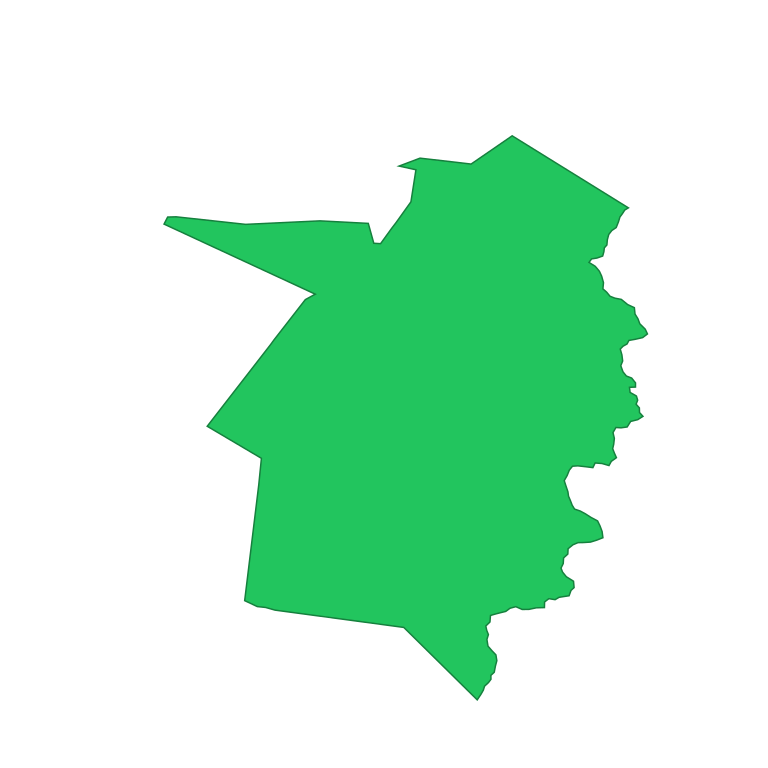 outline of Domingos Mourão, Piauí, Brazil, rotated 107°
{"feature_id": "56859067B58876353314423", "entity_name": "Domingos Mourão", "entity_type": "district", "adm_level": 2, "iso_a3": "BRA", "parent_name": "Brazil", "parent_adm1": "Piauí", "projection": "equal_earth", "projection_center": [-41.31, -4.285], "detail": "fine", "context": "isolated", "style": "filled", "palette": "green", "viewbox_px": 768, "rotation_deg": 107, "n_neighbors": 0, "source": "geoboundaries", "source_scale": "gbopen_adm2", "svg_char_len": 2187}
<svg xmlns="http://www.w3.org/2000/svg" viewBox="0 0 768 768"><g transform="rotate(107 384 384)"><path d="M144.1,201.8L109.2,334.0L148.2,365.0L150.8,379.3L157.5,415.6L171.2,433.3L169.8,416.1L201.9,411.5L226.0,419.6L232.7,422.1L250.8,428.3L252.4,434.9L235.0,446.0L246.7,492.9L271.8,563.0L284.9,631.7L287.6,639.7L295.4,641.1L318.2,476.0L326.3,483.9L374.0,502.1L379.5,504.0L476.1,540.7L490.9,479.5L517.0,474.3L631.9,453.9L633.9,440.1L632.3,431.9L632.1,422.1L611.0,293.9L658.8,202.5L652.5,200.6L647.7,199.5L643.6,199.5L639.0,196.8L635.1,195.4L631.4,196.6L627.4,194.3L621.1,195.0L615.6,195.2L610.3,197.8L607.5,202.8L604.3,207.9L598.2,210.9L593.1,210.9L589.6,213.7L585.7,215.9L580.6,213.1L574.2,214.5L571.2,209.9L568.7,205.8L565.9,201.1L561.6,197.9L558.4,192.8L559.2,186.0L557.2,179.6L553.5,172.9L550.9,165.2L545.5,166.7L541.1,163.6L540.2,157.3L536.8,154.2L534.6,149.7L532.4,145.1L526.7,144.8L523.1,142.7L517.2,145.1L515.0,153.3L511.7,158.2L508.3,160.9L503.3,160.1L497.8,161.4L492.9,158.5L487.7,159.8L482.5,156.3L479.0,152.1L477.3,146.9L474.8,140.3L471.2,135.0L467.0,129.7L461.3,132.3L456.6,135.9L452.5,139.7L451.0,147.3L449.3,153.3L448.1,159.2L447.9,165.2L444.9,168.6L440.8,171.8L437.4,174.7L433.3,176.6L428.3,180.2L423.7,183.4L418.0,182.1L412.2,181.6L407.5,179.7L405.6,174.7L404.1,166.7L402.9,159.8L397.8,159.0L396.3,152.3L396.2,145.0L391.5,144.0L386.5,140.2L382.7,143.5L379.0,146.4L374.5,146.7L368.7,147.8L363.5,150.8L357.8,149.5L356.6,144.5L354.0,138.9L347.7,137.2L343.9,130.9L339.2,126.9L336.6,131.3L332.2,132.8L329.6,137.0L325.3,136.7L321.7,139.1L320.1,146.2L315.4,148.3L313.4,142.6L309.4,143.8L305.9,148.9L305.5,154.6L302.5,159.0L297.3,162.9L292.2,162.5L286.6,165.0L281.5,168.3L277.9,166.4L274.7,163.3L270.7,162.5L267.9,157.0L264.0,150.2L259.1,146.7L255.2,150.2L251.6,157.0L247.5,160.1L243.7,164.4L237.8,166.9L236.8,174.2L233.7,181.8L234.4,188.3L234.0,193.5L231.1,197.9L229.0,202.5L223.0,203.7L217.2,207.4L213.2,211.0L209.7,216.4L207.8,223.5L203.7,222.1L201.3,217.2L197.7,212.3L193.2,212.4L189.4,213.1L185.9,211.5L180.7,212.6L175.3,212.8L170.6,211.0L166.5,207.7L160.5,207.2L155.3,207.2L151.4,205.8L147.2,204.6L144.1,201.8Z" fill="#22c55e" stroke="#15803d" stroke-width="1.5"/></g></svg>